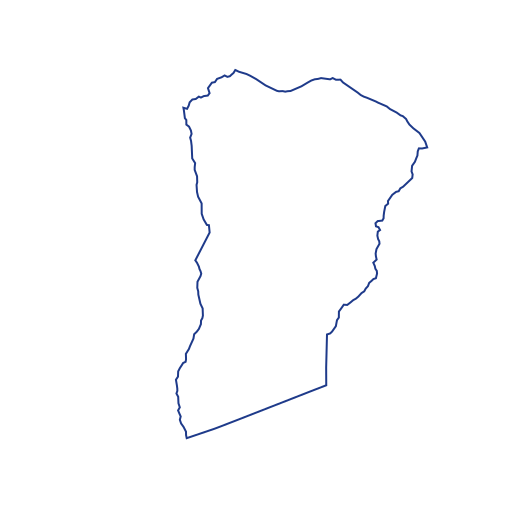 outline of Vila Nova dos Martírios, Maranhão, Brazil, rotated 201°
{"feature_id": "56859067B88560531075453", "entity_name": "Vila Nova dos Martírios", "entity_type": "district", "adm_level": 2, "iso_a3": "BRA", "parent_name": "Brazil", "parent_adm1": "Maranhão", "projection": "natural_earth1", "projection_center": [-48.072, -5.04], "detail": "fine", "context": "isolated", "style": "outline", "palette": "blue", "viewbox_px": 512, "rotation_deg": 201, "n_neighbors": 0, "source": "geoboundaries", "source_scale": "gbopen_adm2", "svg_char_len": 2646}
<svg xmlns="http://www.w3.org/2000/svg" viewBox="0 0 512 512"><g transform="rotate(201 256 256)"><path d="M144.1,160.5L150.6,177.2L161.6,208.2L159.0,210.3L157.9,212.7L156.3,219.1L157.4,225.1L156.6,228.2L158.7,233.9L157.7,237.5L156.6,242.0L153.3,243.0L151.1,246.6L149.4,249.7L147.5,251.9L145.9,254.8L144.2,259.2L142.3,261.8L141.9,264.9L140.7,267.9L140.7,271.5L139.3,274.0L138.1,276.6L136.1,278.2L136.7,283.0L137.9,285.4L140.0,286.9L141.5,289.2L144.1,291.8L142.1,295.9L144.0,298.8L145.2,301.2L146.0,305.6L145.1,311.7L146.2,313.9L148.1,315.6L150.0,318.5L151.0,322.4L149.5,324.7L152.0,326.8L154.6,326.7L156.2,329.4L154.9,332.2L150.8,334.3L150.4,336.9L151.3,339.5L152.2,343.2L153.2,349.0L151.4,352.2L152.5,354.6L150.7,362.0L148.2,366.1L146.0,367.6L145.5,370.9L143.5,373.4L138.1,384.8L139.0,388.3L141.1,390.7L142.6,396.2L141.4,400.9L141.4,404.9L141.3,407.6L142.5,411.7L142.5,414.8L139.3,416.0L135.1,418.7L139.0,423.4L147.5,429.4L154.9,431.6L159.9,433.7L163.0,435.9L165.0,437.7L169.1,439.2L171.5,439.1L176.0,440.3L183.6,441.2L187.5,442.5L197.0,442.9L199.5,443.2L209.3,443.5L212.4,443.4L215.9,443.8L219.6,445.0L237.0,449.2L240.3,450.9L244.5,449.2L248.2,449.6L250.1,447.5L253.9,446.6L259.0,445.4L261.5,443.6L264.5,442.0L267.3,439.6L270.1,436.2L274.4,430.7L282.9,422.4L285.5,421.2L287.6,419.9L290.2,419.5L293.6,418.0L295.7,417.7L308.2,418.7L319.2,421.2L326.2,422.2L330.1,422.5L337.9,421.9L342.0,422.2L342.6,418.8L343.8,416.6L344.8,414.5L346.9,413.0L350.0,413.3L352.2,410.5L355.8,407.4L356.7,403.6L359.3,402.0L361.0,395.5L357.7,391.4L358.5,388.5L362.0,386.6L364.2,384.2L366.5,384.3L368.5,381.0L371.5,379.3L373.0,375.7L372.7,372.2L373.1,368.7L376.9,368.4L375.5,366.1L371.8,359.2L369.8,358.0L368.1,353.7L364.9,352.8L361.7,349.8L359.9,346.9L359.9,342.9L357.9,340.2L355.5,335.7L350.5,324.2L346.1,320.9L345.1,317.0L344.1,314.4L339.6,309.3L337.3,303.8L337.0,301.1L334.0,294.6L331.3,290.6L325.6,285.6L321.8,275.9L318.0,271.4L313.0,267.4L311.0,267.9L307.7,261.3L311.1,230.2L308.6,228.5L305.5,225.6L304.1,223.6L302.3,221.9L300.8,219.9L300.6,217.3L301.4,211.0L299.4,205.2L297.3,202.3L296.0,199.3L290.8,191.5L287.0,187.9L285.6,184.6L284.2,181.3L283.8,178.7L284.2,176.1L283.0,172.6L283.2,167.4L284.2,164.0L285.7,160.8L284.8,156.5L285.3,148.3L285.3,145.1L286.4,139.5L285.5,137.4L284.3,134.5L283.8,132.0L285.7,130.0L286.2,127.3L286.9,124.1L287.3,120.4L285.6,115.4L286.4,111.8L283.4,106.7L282.0,104.1L281.1,101.9L281.0,99.1L278.2,96.7L275.6,90.7L272.9,87.4L273.4,83.9L271.1,81.5L268.8,79.2L268.4,75.8L265.9,72.8L262.4,70.5L258.4,66.9L257.1,63.7L255.4,61.1L232.9,79.8L230.3,82.1L215.8,95.2L156.9,148.9L144.1,160.5Z" fill="none" stroke="#1e3a8a" stroke-width="2"/></g></svg>